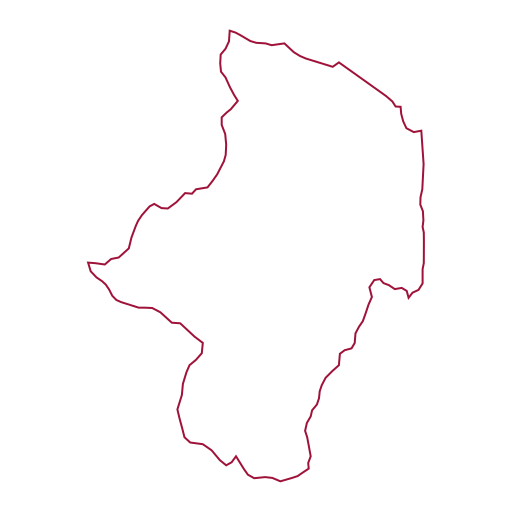 Ourinhos, São Paulo, Brazil (Natural Earth projection)
{"feature_id": "56859067B77835067166290", "entity_name": "Ourinhos", "entity_type": "district", "adm_level": 2, "iso_a3": "BRA", "parent_name": "Brazil", "parent_adm1": "São Paulo", "projection": "natural_earth1", "projection_center": [-49.859, -22.956], "detail": "fine", "context": "isolated", "style": "outline", "palette": "rose", "viewbox_px": 512, "rotation_deg": 0, "n_neighbors": 0, "source": "geoboundaries", "source_scale": "gbopen_adm2", "svg_char_len": 1949}
<svg xmlns="http://www.w3.org/2000/svg" viewBox="0 0 512 512"><path d="M422.6,283.4L422.6,276.1L422.6,269.3L423.8,263.0L423.9,241.9L423.8,232.6L422.6,226.9L423.4,220.5L422.9,211.2L420.3,204.6L420.5,197.3L422.3,189.3L423.6,164.1L421.3,130.7L413.8,132.1L406.4,128.2L403.2,121.3L401.2,113.8L400.6,106.8L395.6,106.5L392.4,101.5L386.0,96.0L338.9,62.4L332.7,66.8L305.8,58.5L300.0,56.0L293.8,52.2L284.4,43.4L271.6,45.2L265.6,43.4L256.2,42.8L250.2,41.0L240.6,35.3L235.6,32.6L229.7,30.7L229.0,41.3L225.5,48.8L220.7,54.5L220.2,63.3L221.0,71.7L225.5,77.4L230.0,87.3L234.0,94.8L237.8,100.9L230.8,109.2L226.7,112.5L221.7,117.3L221.7,124.9L225.2,134.0L226.2,144.7L225.7,154.9L223.9,161.3L217.2,174.3L212.8,180.6L207.5,187.4L196.0,189.3L192.0,193.7L185.1,193.1L176.4,202.2L167.8,208.5L161.5,208.1L154.2,203.9L149.6,206.4L142.0,215.0L138.1,220.8L135.8,225.9L131.5,237.4L128.8,248.4L118.7,257.5L111.1,259.0L104.8,264.5L95.5,263.2L88.1,262.6L90.7,271.3L96.5,277.4L102.1,281.2L105.8,284.6L109.1,289.5L112.3,295.8L116.4,300.0L121.1,302.1L138.8,307.7L145.1,307.7L152.2,308.0L160.4,312.3L171.8,322.7L180.2,323.3L188.7,331.2L194.5,336.6L202.8,342.9L201.8,353.2L196.0,359.8L189.5,365.2L186.4,372.4L182.9,383.9L181.9,394.9L177.4,409.4L179.4,417.9L182.2,428.3L184.5,437.3L190.2,442.5L202.8,444.2L211.6,450.3L219.9,460.2L226.2,465.3L231.6,462.3L236.0,456.3L243.9,469.0L247.9,474.7L254.2,478.2L265.1,477.1L272.3,477.9L280.4,481.3L291.8,478.0L297.6,476.1L302.4,472.8L308.7,468.6L308.2,463.0L310.7,456.3L308.7,445.4L307.2,437.3L305.1,430.8L306.9,422.9L310.7,416.4L312.1,410.3L316.9,404.5L319.0,398.3L319.7,391.3L321.7,385.3L325.6,377.8L332.5,370.9L338.9,365.2L339.9,353.8L344.7,350.2L351.5,348.4L354.7,343.0L355.5,333.3L359.0,326.7L362.8,321.2L365.3,314.3L368.6,304.4L371.9,297.0L369.4,287.3L374.2,280.1L380.0,279.1L383.5,283.1L389.0,285.2L394.8,289.1L401.7,287.9L406.7,290.9L408.6,297.8L412.5,292.7L418.5,289.9L422.6,283.4Z" fill="none" stroke="#9f1239" stroke-width="2"/></svg>